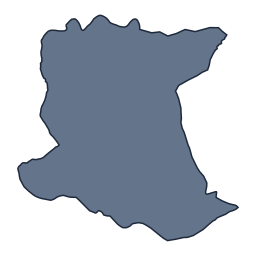 Toomlarn, Saravan, Laos (Mercator projection)
{"feature_id": "54806243B58304199894051", "entity_name": "Toomlarn", "entity_type": "district", "adm_level": 2, "iso_a3": "LAO", "parent_name": "Laos", "parent_adm1": "Saravan", "projection": "mercator", "projection_center": [106.21, 16.024], "detail": "fine", "context": "isolated", "style": "filled", "palette": "slate", "viewbox_px": 256, "rotation_deg": 0, "n_neighbors": 0, "source": "geoboundaries", "source_scale": "gbopen_adm2", "svg_char_len": 4618}
<svg xmlns="http://www.w3.org/2000/svg" viewBox="0 0 256 256"><path d="M40.9,110.5L40.8,111.6L40.2,114.2L40.3,116.1L41.5,118.1L43.0,120.6L44.9,123.1L46.0,124.8L47.0,126.7L48.3,128.7L49.3,131.0L49.6,132.7L50.8,134.6L52.9,136.6L54.9,139.0L57.5,142.5L59.1,145.1L57.4,146.6L56.0,146.9L53.6,149.0L50.0,151.8L46.5,154.7L43.3,157.5L41.2,158.5L39.5,158.9L39.0,159.0L38.6,159.0L38.1,159.1L37.7,159.3L37.2,159.4L36.9,159.5L36.4,159.5L35.7,159.6L35.2,159.5L34.6,159.5L34.0,159.4L33.4,159.3L32.9,159.3L32.5,159.3L32.0,159.5L31.7,159.6L31.4,159.8L31.1,160.0L30.7,160.4L30.4,160.7L30.0,160.9L29.7,161.0L29.3,161.2L29.0,161.3L28.6,161.6L28.2,162.0L27.7,162.5L27.5,162.8L26.8,162.9L25.9,162.9L25.4,162.9L24.5,162.8L23.9,162.8L23.3,162.8L23.0,162.8L22.6,163.0L22.2,163.2L21.8,163.5L21.4,163.9L21.0,164.4L20.8,164.7L20.5,165.1L19.0,166.3L18.2,167.6L17.9,168.8L18.4,171.2L19.0,173.0L19.4,176.2L20.1,179.4L23.7,186.1L24.9,187.6L28.6,191.0L33.4,194.9L35.5,196.2L38.2,197.4L41.6,198.5L50.5,200.2L51.4,200.1L52.5,199.7L54.4,198.9L55.7,198.0L57.5,196.9L59.1,196.2L62.1,195.5L63.2,195.4L64.4,195.6L66.3,196.2L68.9,196.9L70.2,197.1L71.3,197.2L73.5,197.3L76.3,197.4L80.3,201.3L89.6,210.7L92.7,211.9L94.0,212.4L95.1,213.0L96.1,212.9L97.1,212.1L98.3,210.8L99.1,210.7L100.1,211.2L101.0,211.5L102.1,212.4L102.9,213.5L103.8,215.0L104.8,215.3L106.6,215.8L110.1,216.1L116.6,223.1L118.0,224.5L119.6,225.7L121.0,226.6L122.6,227.6L124.3,227.7L126.1,227.7L127.3,227.4L128.5,226.8L130.2,225.9L132.5,223.7L138.3,222.7L142.7,223.3L146.8,225.5L150.7,228.0L160.2,235.7L163.4,238.2L167.5,240.6L175.8,239.2L184.1,237.4L186.2,237.5L188.4,237.1L190.4,236.4L193.3,235.5L203.2,229.4L210.2,223.2L213.0,220.9L214.8,220.1L215.8,219.2L217.0,217.9L219.6,216.7L225.0,214.5L226.5,213.7L228.1,212.5L229.9,211.5L231.3,211.1L233.0,210.5L234.9,209.7L236.4,208.9L238.1,207.4L236.4,205.7L234.6,205.0L232.6,204.6L228.7,203.6L222.2,200.9L216.9,197.9L216.1,197.2L216.2,195.9L216.6,192.6L216.4,191.8L215.6,191.7L207.9,194.0L206.4,194.2L205.8,193.5L205.6,192.1L206.7,186.5L206.8,182.8L203.6,176.1L199.7,171.7L197.3,168.0L191.9,156.9L190.0,149.8L189.4,148.0L188.0,144.8L184.3,132.8L182.2,128.2L181.4,124.7L180.9,122.7L181.4,118.3L181.0,112.2L180.9,108.1L179.4,101.9L178.6,98.6L176.5,93.2L175.5,91.2L178.6,85.5L188.3,80.0L197.4,75.5L202.0,72.4L207.6,69.9L209.2,65.3L210.2,59.7L213.3,53.4L213.6,53.1L213.9,52.3L214.3,51.7L214.8,51.2L215.4,50.0L215.8,49.7L216.2,49.4L216.9,49.0L217.1,48.7L217.2,48.4L217.1,48.1L217.0,47.8L216.9,47.0L217.1,46.5L217.3,46.1L217.6,45.8L218.2,45.8L218.7,45.1L218.9,44.5L219.4,44.3L220.3,44.1L220.9,43.8L221.4,43.5L221.6,43.0L221.4,42.4L221.4,41.7L221.5,41.1L221.9,40.5L222.5,40.1L223.2,39.7L223.8,39.4L224.4,39.1L224.7,38.6L224.8,38.2L224.7,37.7L225.0,37.4L225.4,37.0L225.8,36.7L226.0,36.2L226.3,35.6L226.5,35.3L226.7,35.1L226.8,34.9L222.1,31.2L218.5,27.7L209.9,27.6L195.2,31.6L185.1,29.5L176.4,33.5L167.8,36.0L159.7,31.9L151.6,32.8L139.7,29.4L139.7,26.7L139.2,24.0L137.4,20.2L135.9,19.1L134.4,19.1L133.0,19.5L131.3,21.0L129.6,22.9L128.4,24.6L126.8,26.2L124.9,27.0L122.9,27.0L119.3,26.4L116.2,25.0L113.6,24.2L111.1,23.2L109.6,22.2L108.2,20.0L106.2,18.0L103.6,16.4L101.1,15.4L99.2,15.4L96.5,16.8L93.8,18.9L92.2,21.3L90.4,23.7L87.3,26.3L86.1,27.8L84.2,29.7L83.2,30.4L82.2,30.1L81.6,29.6L80.6,27.4L80.1,25.6L78.9,23.1L77.6,21.2L76.5,20.0L75.4,19.1L74.3,18.9L71.9,19.2L70.4,20.3L68.1,22.7L66.2,24.8L66.1,26.1L66.8,28.2L66.5,29.7L64.8,30.8L62.5,31.0L58.6,30.9L55.7,30.4L52.3,30.2L50.4,30.4L48.2,31.3L45.9,33.5L43.9,36.0L42.4,38.8L41.4,40.2L41.4,42.4L42.1,45.1L41.8,48.2L41.0,51.7L41.1,54.7L41.8,58.3L41.9,60.7L41.8,60.8L41.8,61.1L41.8,61.5L41.7,61.7L41.6,62.0L41.4,62.2L41.2,62.5L40.8,62.9L40.6,63.2L40.5,63.5L40.5,63.9L40.5,64.2L40.6,64.4L40.8,64.6L40.8,64.9L40.8,65.3L40.7,65.5L40.6,65.9L40.6,66.1L40.6,66.4L40.6,66.7L40.7,67.0L40.6,67.6L40.5,68.0L40.4,68.3L40.4,68.6L40.4,68.9L40.5,69.2L40.6,69.5L40.9,70.3L41.0,70.7L41.2,71.4L41.4,72.1L41.6,72.5L41.7,73.1L41.9,73.8L42.0,74.2L42.2,74.7L42.4,75.1L42.6,75.6L42.9,76.4L43.1,76.8L43.4,77.4L43.6,77.7L43.8,78.0L44.0,78.3L44.3,78.5L44.6,78.6L44.8,78.6L45.0,78.8L45.2,79.0L45.3,79.3L45.5,79.6L45.5,79.9L45.6,80.2L45.6,80.5L45.6,80.8L45.5,81.2L45.5,81.5L45.8,81.8L46.0,81.9L46.1,82.1L46.3,82.2L46.5,82.3L46.8,82.6L47.0,83.0L47.1,83.4L47.2,83.7L47.3,84.1L47.3,84.8L47.3,85.2L47.3,85.4L47.4,85.6L47.5,85.9L47.6,86.1L47.5,86.3L47.5,86.8L47.5,87.3L47.5,87.6L47.5,88.0L47.6,88.3L47.6,88.6L47.8,89.0L47.9,89.3L47.9,89.5L47.8,90.0L47.7,90.5L47.6,90.9L47.4,91.2L47.2,91.6L47.0,92.0L46.8,92.2L46.6,92.5L46.1,95.7L44.9,100.0L43.2,103.8L41.9,106.2L41.0,109.1L40.9,110.5Z" fill="#64748b" stroke="#1e293b" stroke-width="1.5"/></svg>